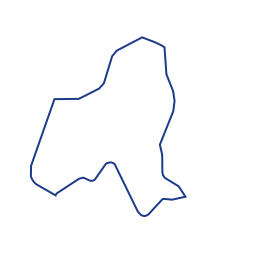 SVG path tracing the border of Hackney, rotated 292°
{"feature_id": "GBR-2765", "entity_name": "Hackney", "entity_type": "London Borough", "adm_level": 1, "iso_a3": "GBR", "parent_name": "United Kingdom", "parent_adm1": "", "projection": "natural_earth1", "projection_center": [-0.066, 51.545], "detail": "fine", "context": "isolated", "style": "outline", "palette": "blue", "viewbox_px": 256, "rotation_deg": 292, "n_neighbors": 0, "source": "natural_earth", "source_scale": "10m", "svg_char_len": 752}
<svg xmlns="http://www.w3.org/2000/svg" viewBox="0 0 256 256"><g transform="rotate(292 128 128)"><path d="M52.9,177.0L52.4,175.7L52.1,174.0L52.4,172.1L54.3,168.3L89.4,129.3L89.9,127.8L89.9,126.2L89.6,124.7L87.8,122.0L86.8,121.0L67.9,116.6L66.4,115.6L65.4,114.2L65.1,113.2L64.9,112.0L65.3,106.0L64.8,104.4L62.6,101.6L41.1,86.7L39.5,86.1L38.4,86.1L41.5,63.9L42.8,60.9L44.5,58.3L46.7,56.1L56.6,52.3L127.2,49.0L136.6,71.5L153.8,86.5L160.5,88.9L188.6,86.4L195.5,88.6L217.3,107.1L217.6,121.3L217.1,128.4L216.5,131.6L192.2,143.5L179.0,156.1L170.6,161.0L160.5,163.7L124.5,163.8L116.0,169.7L100.2,176.3L97.3,178.2L95.6,180.8L92.9,196.8L85.8,207.0L78.1,195.8L75.8,188.0L74.9,186.6L55.3,179.2L52.9,177.0Z" fill="none" stroke="#1e3a8a" stroke-width="2"/></g></svg>